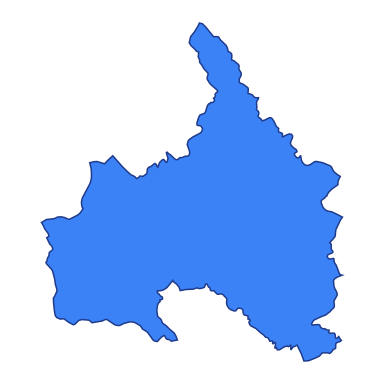 the district of Yen Bai, Yên Bái, Vietnam
{"feature_id": "81297802B89523168412992", "entity_name": "Yen Bai", "entity_type": "district", "adm_level": 2, "iso_a3": "VNM", "parent_name": "Vietnam", "parent_adm1": "Yên Bái", "projection": "mercator", "projection_center": [104.898, 21.722], "detail": "fine", "context": "isolated", "style": "filled", "palette": "blue", "viewbox_px": 384, "rotation_deg": 0, "n_neighbors": 0, "source": "geoboundaries", "source_scale": "gbopen_adm2", "svg_char_len": 6001}
<svg xmlns="http://www.w3.org/2000/svg" viewBox="0 0 384 384"><path d="M341.4,340.4L340.4,339.3L338.7,336.5L336.9,338.4L335.9,338.3L335.5,337.6L335.1,334.3L334.4,333.3L333.8,333.1L329.3,333.2L328.6,332.3L329.2,330.2L327.1,330.0L324.7,328.6L323.4,328.9L321.3,327.9L320.7,327.4L319.7,325.1L319.0,324.7L317.1,324.5L312.4,325.1L311.8,324.4L311.8,323.4L313.0,321.3L314.1,320.0L321.1,316.7L325.7,315.0L330.2,311.5L331.7,309.7L334.0,307.5L334.4,305.7L333.9,301.1L337.2,295.2L337.2,293.9L336.4,291.4L334.8,288.7L333.9,285.8L333.5,280.4L334.9,278.6L337.9,276.8L342.1,275.2L340.7,274.9L339.4,273.6L336.1,265.0L334.6,262.9L334.0,260.8L334.0,258.9L333.4,258.4L330.7,259.0L328.9,258.8L327.7,257.7L327.3,256.7L327.5,255.6L328.2,254.6L332.5,252.8L332.9,252.1L332.8,251.3L331.3,249.4L331.1,244.0L329.7,242.7L334.3,237.6L335.2,236.1L335.8,229.9L340.3,220.3L342.5,217.1L333.1,212.4L331.2,211.7L327.7,211.1L325.9,210.2L324.1,208.7L322.9,207.2L321.4,203.3L321.1,201.2L321.5,200.4L325.0,197.7L325.2,197.0L327.0,195.8L327.1,194.7L328.8,192.1L331.8,189.1L337.9,184.7L338.0,181.9L338.5,180.1L340.3,176.4L337.3,174.5L334.6,172.3L333.4,170.9L331.6,167.2L330.2,165.8L322.7,162.7L316.0,161.4L314.7,161.7L310.0,164.7L307.5,165.6L304.6,164.7L302.6,162.6L301.4,160.2L300.7,155.9L300.3,155.8L299.0,157.5L298.1,158.0L296.6,157.5L294.7,155.3L294.3,154.1L294.6,153.4L297.0,151.7L296.5,149.9L293.2,147.4L291.0,145.1L290.5,143.4L290.8,141.3L292.3,138.4L292.6,136.6L292.4,135.3L291.4,134.3L289.5,133.9L287.6,134.5L282.5,136.9L282.4,133.7L281.8,133.1L278.9,132.0L278.4,131.3L278.7,128.5L276.3,126.3L273.8,120.9L271.8,118.3L271.0,117.8L269.4,117.7L264.9,120.0L262.2,120.8L260.6,118.6L258.6,117.2L258.1,116.5L258.1,115.9L258.8,113.7L258.8,112.4L258.3,111.4L256.4,109.4L256.9,107.4L256.5,102.7L256.7,101.5L258.4,98.8L258.5,97.7L255.7,97.8L254.1,96.9L252.2,94.8L248.0,93.2L248.3,88.9L248.0,87.9L244.1,84.8L241.8,83.6L240.7,83.4L239.4,82.4L239.2,79.3L241.2,75.2L241.2,73.5L241.0,72.6L238.9,69.2L239.1,65.5L238.0,64.1L233.9,60.7L231.7,59.9L231.5,58.9L231.8,57.7L231.8,54.6L231.5,53.7L230.2,52.5L228.3,51.5L227.2,47.5L226.0,45.2L220.4,39.9L218.7,37.1L217.1,36.6L213.5,36.6L205.8,27.1L202.5,23.8L199.4,23.0L198.0,26.1L194.7,31.5L191.0,36.2L190.4,37.5L189.3,42.4L189.5,43.3L191.2,45.8L195.2,49.6L196.5,51.3L198.7,52.1L198.2,56.9L199.5,59.5L199.7,62.4L201.7,64.9L203.7,68.5L207.9,73.1L208.1,74.5L207.1,77.5L207.3,79.4L209.5,83.0L211.0,84.7L216.9,89.9L217.8,91.5L215.4,93.6L215.1,94.4L215.4,96.4L214.7,97.3L213.5,98.2L214.6,100.1L214.1,101.4L213.1,102.4L210.7,102.5L210.3,102.8L210.0,103.7L208.6,103.9L207.4,105.7L205.2,112.7L204.1,113.5L200.3,114.8L199.6,115.5L198.5,117.8L196.9,123.0L197.0,125.0L198.4,125.6L200.2,125.7L201.2,126.4L202.5,128.8L202.3,129.9L201.5,131.8L200.1,133.2L193.1,136.8L188.9,139.8L188.0,141.3L187.2,144.5L189.6,151.5L189.5,154.3L188.9,155.2L187.8,156.2L184.9,156.3L182.1,157.6L179.8,157.6L177.8,159.5L176.5,159.7L175.7,159.5L173.9,158.2L170.4,154.7L168.9,153.9L167.0,152.1L166.7,152.2L166.4,152.6L166.4,153.4L168.0,158.2L167.1,162.1L166.8,162.3L165.6,161.8L164.4,160.1L163.7,159.6L163.0,159.5L162.0,160.1L159.6,162.5L157.8,167.3L157.3,166.9L156.5,164.8L155.1,163.4L154.4,163.7L150.3,166.9L149.2,167.0L148.2,167.9L147.3,169.2L147.0,173.0L146.3,174.0L143.0,176.4L139.9,176.0L138.6,177.5L136.6,178.6L135.2,177.0L133.3,175.8L131.4,175.1L127.5,171.7L122.7,167.0L112.8,155.8L107.7,160.4L104.6,163.8L97.0,161.5L93.9,161.7L89.7,162.8L91.1,168.2L91.5,173.5L91.4,177.8L90.8,181.0L89.9,183.7L82.3,198.0L81.5,201.5L81.6,204.8L82.2,207.3L83.0,208.4L81.6,211.0L79.7,213.4L77.8,215.0L70.2,218.9L68.5,219.3L64.5,217.5L61.5,216.9L59.0,216.9L57.1,217.2L55.2,218.3L53.2,218.8L46.4,219.5L41.5,222.5L43.3,225.6L44.6,228.6L48.5,234.0L48.7,236.5L46.7,237.7L49.6,243.9L51.8,246.1L52.7,248.5L52.7,249.6L49.3,252.4L48.9,255.8L47.5,258.1L46.8,261.3L46.1,261.9L46.0,262.4L46.3,263.5L51.6,269.4L52.6,271.2L54.6,278.8L55.4,284.4L56.9,289.4L56.9,291.2L54.7,296.2L53.4,298.0L53.5,302.2L54.4,310.8L55.3,315.6L56.7,317.5L60.3,319.1L62.8,318.8L64.2,319.0L68.7,322.3L72.9,324.6L73.9,324.6L75.2,324.0L78.8,320.4L81.9,319.6L88.5,320.1L89.7,320.6L91.7,322.6L93.0,322.6L102.5,320.9L105.0,319.6L106.7,319.4L115.0,324.9L118.3,325.6L119.9,325.4L124.0,323.4L127.4,322.5L129.6,321.9L132.6,322.0L135.1,322.7L140.4,325.8L142.5,329.0L146.7,331.6L147.9,332.8L153.1,340.1L154.9,341.1L156.3,341.5L157.5,341.4L160.1,338.4L162.1,336.7L164.1,335.5L164.8,336.0L165.9,338.3L167.0,339.3L169.4,339.6L171.4,341.2L177.4,340.0L175.9,336.0L174.2,333.0L169.4,329.0L166.3,325.8L162.5,323.1L161.2,319.8L160.1,318.5L158.2,317.0L157.6,316.0L156.8,310.7L157.4,305.6L158.5,303.0L160.1,301.6L159.9,299.9L161.9,299.5L162.4,299.2L162.5,298.2L162.5,297.5L161.8,296.5L160.6,296.1L159.9,295.4L159.3,294.2L157.4,292.8L157.3,290.9L157.5,290.6L158.3,291.0L162.1,290.4L164.3,289.4L167.0,287.6L172.8,280.4L173.3,281.7L176.6,284.1L178.9,286.9L180.2,290.6L186.1,289.5L193.5,289.1L196.7,287.9L199.4,288.6L201.6,288.3L204.4,287.3L205.6,284.2L206.4,283.9L207.1,284.3L208.5,287.0L210.0,288.0L210.4,290.2L211.3,290.8L213.8,290.7L216.9,293.9L217.9,294.3L220.9,293.9L222.2,294.2L223.6,295.1L224.4,296.3L226.3,297.9L226.8,299.2L226.5,302.8L226.8,304.6L227.5,306.3L229.1,308.5L230.9,309.8L234.2,311.0L235.8,310.8L237.9,308.2L240.5,308.3L242.1,309.0L242.8,309.8L243.2,313.2L243.8,314.4L244.5,315.1L248.0,315.9L248.0,319.1L249.3,319.3L250.3,320.2L250.3,320.7L249.1,321.4L249.0,322.4L249.3,323.8L250.7,325.8L256.1,328.6L260.0,332.3L263.8,335.1L265.5,337.2L267.3,337.5L268.5,338.6L269.9,341.3L272.1,340.9L272.7,341.2L272.6,343.6L273.5,343.7L274.5,342.4L275.4,342.7L275.6,344.1L274.8,347.7L275.1,348.1L275.7,347.5L276.3,347.4L277.2,349.8L279.6,349.8L282.9,347.6L285.4,346.4L287.4,346.1L288.4,346.7L290.6,345.2L290.9,345.6L290.7,349.1L291.1,349.5L293.2,346.9L294.8,346.4L297.1,345.1L301.5,354.2L303.9,361.0L308.7,360.7L315.2,358.1L319.4,356.1L322.2,352.9L327.1,352.8L329.8,353.4L331.3,352.2L333.3,349.6L335.6,348.3L335.8,343.5L337.6,342.2L339.9,341.7L341.4,340.4Z" fill="#3b82f6" stroke="#1e3a8a" stroke-width="1.5"/></svg>